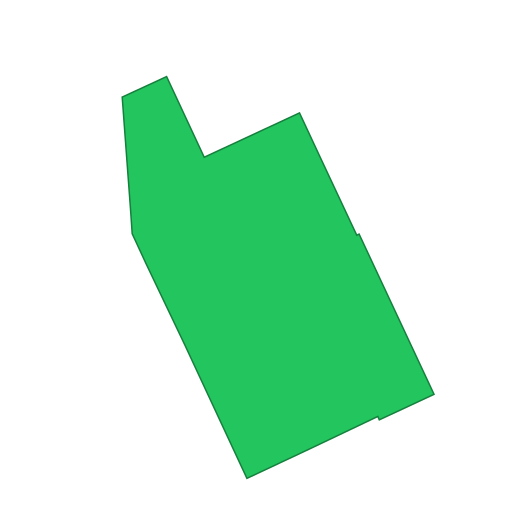 outline of Santa Cruz, Arizona, United States of America, rotated 65°
{"feature_id": "52423323B1252961664996", "entity_name": "Santa Cruz", "entity_type": "district", "adm_level": 2, "iso_a3": "USA", "parent_name": "United States of America", "parent_adm1": "Arizona", "projection": "orthographic", "projection_center": [-110.91, 31.532], "detail": "fine", "context": "isolated", "style": "filled", "palette": "green", "viewbox_px": 512, "rotation_deg": 65, "n_neighbors": 0, "source": "geoboundaries", "source_scale": "gbopen_adm2", "svg_char_len": 371}
<svg xmlns="http://www.w3.org/2000/svg" viewBox="0 0 512 512"><g transform="rotate(65 256 256)"><path d="M55.4,310.1L161.2,350.2L183.5,358.8L216.1,358.9L306.3,358.1L453.7,358.2L453.5,288.1L452.9,213.4L456.6,213.5L456.6,153.1L279.7,153.3L279.8,155.9L191.1,156.1L144.7,156.1L144.6,261.2L55.6,261.2L55.4,310.1Z" fill="#22c55e" stroke="#15803d" stroke-width="1.5"/></g></svg>